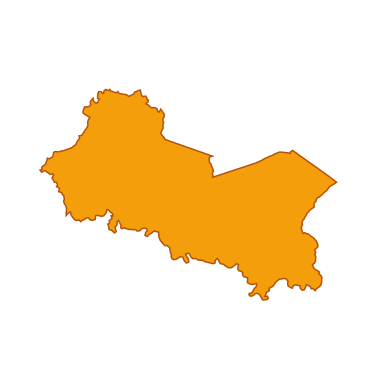 outline of Adrianópolis, Paraná, Brazil, rotated 198°
{"feature_id": "56859067B33632920480523", "entity_name": "Adrianópolis", "entity_type": "district", "adm_level": 2, "iso_a3": "BRA", "parent_name": "Brazil", "parent_adm1": "Paraná", "projection": "orthographic", "projection_center": [-48.811, -24.789], "detail": "fine", "context": "isolated", "style": "filled", "palette": "amber", "viewbox_px": 384, "rotation_deg": 198, "n_neighbors": 0, "source": "geoboundaries", "source_scale": "gbopen_adm2", "svg_char_len": 5131}
<svg xmlns="http://www.w3.org/2000/svg" viewBox="0 0 384 384"><g transform="rotate(198 192 192)"><path d="M326.0,158.8L323.8,159.2L322.1,157.2L322.5,155.2L320.9,155.1L319.1,154.3L318.9,151.1L315.6,151.2L314.4,149.5L312.9,149.0L311.2,145.7L311.2,143.5L309.8,141.5L307.6,139.8L306.2,137.6L305.7,135.4L304.5,130.8L302.9,134.1L301.4,135.4L300.5,133.7L299.4,132.4L297.2,130.7L295.7,129.7L294.3,129.2L292.8,129.4L290.4,130.4L288.7,129.4L287.5,131.3L286.1,132.2L284.3,134.8L282.2,135.5L280.8,134.1L278.3,134.1L277.0,135.0L275.5,136.0L276.5,139.7L274.8,140.5L270.2,141.0L268.6,142.2L267.4,145.3L267.3,147.3L267.5,149.1L265.7,149.1L263.7,147.8L260.7,146.7L259.9,144.7L261.6,144.4L259.9,141.9L261.9,139.3L260.8,137.1L262.2,135.4L261.0,134.1L260.0,132.2L259.3,130.7L256.1,130.6L254.5,129.7L253.2,129.1L251.8,130.8L254.3,134.7L253.3,137.0L253.4,138.7L254.1,140.4L253.3,142.2L251.2,140.5L249.1,138.1L248.6,135.8L247.0,135.5L245.6,137.0L243.4,136.7L241.5,137.0L240.0,136.9L238.6,137.5L236.0,138.0L234.2,138.8L232.0,137.9L229.6,139.1L228.7,141.2L227.6,142.2L225.0,143.2L223.6,142.9L222.5,141.2L223.6,139.3L223.3,136.2L220.9,135.8L219.2,139.0L217.8,140.3L215.8,143.4L213.6,143.2L211.6,143.6L210.4,141.4L209.6,139.0L208.2,137.4L207.3,136.2L206.0,135.4L203.7,133.9L201.0,132.6L199.5,133.4L196.2,132.3L195.0,130.1L194.2,128.7L193.6,127.2L192.2,126.4L191.8,123.9L190.3,122.3L188.5,122.0L186.6,122.8L184.3,125.4L182.3,127.4L180.7,127.2L178.1,124.2L175.7,122.7L173.5,124.0L173.8,125.7L175.0,127.5L176.7,128.6L178.9,131.0L176.3,132.7L174.5,131.7L173.2,130.1L170.8,128.8L167.8,129.9L164.9,129.2L161.2,130.3L158.9,129.8L156.4,129.9L154.9,130.0L153.4,130.1L149.3,130.5L148.1,131.8L148.9,133.7L147.6,136.5L145.9,135.7L144.8,134.4L143.1,132.7L141.0,132.8L139.3,133.0L138.2,132.3L134.3,131.3L131.5,131.9L130.3,133.1L127.3,137.7L125.1,137.0L125.1,134.6L124.4,132.5L122.9,131.5L121.5,131.8L118.9,131.2L118.3,128.9L116.7,127.5L112.5,127.6L111.3,122.9L108.5,122.4L105.7,122.8L102.6,124.8L101.7,123.5L101.7,121.9L103.2,118.5L103.6,115.6L104.4,113.7L106.1,113.5L106.1,111.9L104.7,111.0L102.9,111.5L101.5,112.8L100.8,114.3L99.4,115.5L97.9,115.8L96.6,115.5L94.8,114.2L91.7,111.3L90.3,111.5L89.0,112.3L87.6,112.8L86.6,114.4L88.0,116.2L90.5,115.1L89.9,120.1L87.9,121.9L88.9,124.2L86.1,127.1L85.2,129.1L84.7,131.5L84.0,133.2L82.0,135.8L80.9,136.6L77.5,138.2L76.1,138.5L73.3,137.1L72.7,134.2L71.7,132.4L68.8,131.6L66.9,131.5L66.6,134.4L64.7,135.7L60.3,136.2L59.2,133.8L57.0,132.7L55.0,133.6L54.7,135.9L54.5,139.2L52.2,139.0L50.3,138.5L48.8,136.8L47.1,137.6L44.4,136.2L43.7,138.5L41.6,141.3L40.7,143.1L40.9,146.6L41.6,148.6L42.0,150.9L43.7,152.5L46.1,153.4L46.1,155.3L48.7,156.0L51.5,156.6L53.3,158.0L55.0,160.1L53.4,162.2L53.3,164.8L53.9,166.9L54.2,168.5L55.9,170.8L55.7,172.8L57.5,174.9L56.1,177.3L55.4,178.8L56.1,180.8L58.5,183.7L61.2,185.3L63.1,186.2L65.0,186.6L67.2,187.5L68.7,188.0L70.1,187.6L72.2,188.2L73.4,186.9L74.5,187.8L75.4,189.3L76.8,191.1L77.2,192.9L76.8,194.9L77.8,196.8L77.8,198.4L77.8,200.0L76.9,201.0L76.9,203.2L76.2,204.8L75.9,207.6L75.0,209.1L74.6,210.7L72.7,213.5L71.2,215.1L71.8,217.2L72.4,219.6L71.2,221.3L71.5,223.3L71.0,225.1L69.3,226.7L66.9,230.6L66.1,232.5L64.3,235.0L63.5,237.6L62.6,239.9L61.0,241.6L59.1,243.9L57.6,246.0L67.1,249.3L80.5,253.6L102.0,260.3L104.3,261.1L109.2,262.6L110.7,260.6L110.6,259.0L113.0,258.9L115.1,258.3L117.2,258.1L120.0,257.3L121.9,256.6L123.4,255.1L125.2,253.7L126.0,252.6L127.1,251.5L129.4,249.8L130.6,248.5L132.3,247.1L134.2,245.2L135.4,243.7L137.5,241.8L139.0,240.5L140.1,239.4L176.9,212.4L177.1,214.0L178.4,216.0L178.0,218.5L179.3,220.3L180.5,221.9L181.8,222.7L182.4,224.4L184.6,225.7L185.3,227.3L186.1,229.1L186.1,230.7L183.7,232.4L229.6,233.5L234.5,233.8L235.2,235.1L238.3,236.8L239.9,238.3L239.7,240.9L239.2,243.8L240.4,246.8L240.5,249.6L241.8,250.9L242.2,252.8L241.7,255.2L242.8,257.8L244.3,258.8L246.0,260.3L247.3,261.2L248.0,257.7L249.6,258.2L251.3,260.5L253.9,260.6L256.6,259.5L258.3,260.1L260.1,261.2L263.1,261.6L261.7,264.1L262.0,265.8L263.6,266.2L264.2,267.8L265.8,268.9L267.1,268.1L268.6,267.6L270.2,268.8L272.7,273.0L275.1,271.4L276.2,270.0L277.5,269.3L277.6,267.1L278.9,266.0L280.3,264.7L281.8,263.4L284.6,264.3L289.0,263.5L291.7,263.2L293.5,264.6L294.6,263.2L296.2,262.8L297.9,263.1L300.2,262.9L301.8,264.2L302.9,262.7L305.8,262.9L306.9,260.9L306.7,258.5L308.2,258.5L309.4,259.3L311.8,258.7L311.9,256.0L310.8,252.0L308.9,251.7L309.6,247.5L311.6,247.0L313.9,248.3L314.9,250.6L316.3,247.9L316.6,246.0L315.3,244.2L315.8,242.1L317.4,240.8L320.4,239.8L320.6,237.9L320.7,235.6L320.1,233.5L317.1,232.5L313.6,231.8L312.2,231.6L312.8,229.2L312.9,226.7L311.5,222.8L312.1,219.9L313.1,216.5L314.0,213.2L314.4,211.8L316.8,210.4L315.5,208.5L317.0,203.9L317.3,200.9L319.1,198.6L320.6,196.3L321.8,195.6L326.5,192.0L327.6,191.1L329.3,190.5L330.6,189.3L335.2,187.9L335.9,186.2L335.3,184.3L335.5,182.0L336.8,180.9L337.8,179.6L340.1,179.4L339.8,177.8L339.8,174.7L340.0,172.9L342.5,169.7L341.8,166.9L343.3,165.8L341.0,164.4L339.5,166.3L337.8,166.9L336.1,166.1L334.0,165.5L332.1,164.9L330.3,166.2L328.7,165.4L329.3,163.4L329.4,161.9L327.5,160.5L326.0,158.8Z" fill="#f59e0b" stroke="#b45309" stroke-width="1.5"/></g></svg>